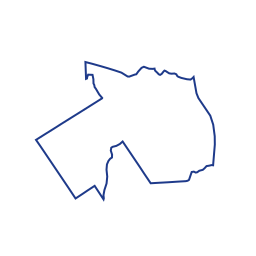 an SVG outline of Guatemala, rotated 236°
{"feature_id": "GTM", "entity_name": "Guatemala", "entity_type": "country or territory", "adm_level": 0, "iso_a3": "GTM", "parent_name": "North America", "parent_adm1": "", "projection": "orthographic", "projection_center": [-90.227, 15.776], "detail": "fine", "context": "isolated", "style": "outline", "palette": "blue", "viewbox_px": 256, "rotation_deg": 236, "n_neighbors": 0, "source": "natural_earth", "source_scale": "50m", "svg_char_len": 1482}
<svg xmlns="http://www.w3.org/2000/svg" viewBox="0 0 256 256"><g transform="rotate(236 128 128)"><path d="M49.5,177.7L50.5,176.6L51.4,174.2L52.5,171.8L51.8,168.9L51.5,166.6L52.7,163.2L52.6,160.7L53.2,159.2L55.0,158.2L55.9,156.2L50.9,149.6L50.9,148.0L51.6,146.2L55.8,139.1L60.7,130.7L66.2,121.5L69.5,115.9L81.3,115.9L89.1,116.0L99.0,116.0L109.8,116.0L116.9,116.0L119.8,116.0L119.3,112.3L119.7,108.3L121.0,104.7L121.0,103.1L118.9,101.1L114.8,99.9L112.5,98.2L112.5,96.0L111.6,93.3L109.6,90.2L105.5,86.9L99.3,83.6L94.0,79.2L89.7,73.7L86.0,70.1L83.2,68.6L82.5,67.8L90.8,67.9L98.7,68.0L98.8,60.1L98.8,53.1L98.9,45.1L113.1,45.2L130.1,45.2L147.7,45.2L161.5,45.2L169.6,45.1L169.3,55.0L168.9,66.4L168.7,74.8L168.3,86.0L167.9,97.4L167.4,113.1L167.1,123.1L167.3,123.4L171.9,122.9L178.8,123.3L180.5,123.2L182.6,124.1L184.2,124.3L187.8,126.6L191.9,128.3L194.5,124.8L193.1,122.7L192.0,121.7L192.2,120.7L206.5,129.6L204.9,131.0L201.3,134.2L194.7,139.8L188.8,144.7L183.2,149.2L178.0,153.2L177.4,153.6L170.9,156.5L169.9,157.8L168.5,163.5L167.9,164.9L169.1,168.1L170.3,172.9L169.9,175.4L165.4,178.6L163.3,181.4L162.4,183.2L161.6,182.8L160.2,182.6L157.0,183.3L155.4,183.5L154.1,184.3L154.0,186.1L154.9,188.9L155.2,190.3L154.3,191.0L150.3,192.7L148.7,194.4L147.2,197.0L145.5,198.1L143.7,197.9L142.4,198.3L139.6,200.3L135.5,204.1L133.2,206.9L133.2,209.0L133.6,210.9L118.5,204.2L113.4,203.1L92.2,203.1L83.1,200.5L72.7,195.3L65.7,190.7L49.5,177.7Z" fill="none" stroke="#1e3a8a" stroke-width="2"/></g></svg>